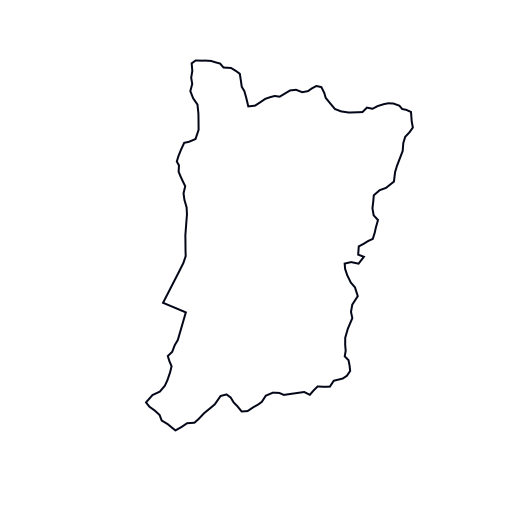 the district of Rio do Sul, Santa Catarina, Brazil, rotated 201°
{"feature_id": "56859067B1787639962812", "entity_name": "Rio do Sul", "entity_type": "district", "adm_level": 2, "iso_a3": "BRA", "parent_name": "Brazil", "parent_adm1": "Santa Catarina", "projection": "equal_earth", "projection_center": [-49.63, -27.185], "detail": "fine", "context": "isolated", "style": "outline", "palette": "ink", "viewbox_px": 512, "rotation_deg": 201, "n_neighbors": 0, "source": "geoboundaries", "source_scale": "gbopen_adm2", "svg_char_len": 2250}
<svg xmlns="http://www.w3.org/2000/svg" viewBox="0 0 512 512"><g transform="rotate(201 256 256)"><path d="M176.0,447.7L182.3,447.6L187.2,446.0L190.9,443.7L196.0,439.7L200.0,435.2L205.6,434.3L208.2,428.5L220.7,423.2L228.4,421.5L235.0,421.5L242.5,425.7L247.6,428.6L250.6,432.6L255.5,437.1L260.6,436.3L263.9,432.5L266.5,428.6L271.5,425.5L278.2,425.5L283.5,422.8L287.5,417.7L291.0,413.2L295.9,412.1L299.9,409.2L303.7,406.0L307.0,401.2L310.8,396.0L316.8,392.9L322.1,400.6L326.0,405.8L329.9,408.8L333.3,414.9L336.4,420.3L340.9,421.5L346.7,422.6L353.9,420.3L358.5,422.8L363.1,422.3L367.9,422.0L373.2,420.3L377.0,418.8L382.4,416.9L385.1,412.8L381.8,406.0L380.4,399.2L377.2,393.8L376.4,386.4L371.2,380.7L364.9,376.4L360.8,368.3L358.1,361.6L354.8,353.2L354.4,343.5L359.5,338.6L363.6,335.9L364.1,328.1L364.2,321.3L363.8,315.8L360.4,313.0L358.4,306.9L355.3,303.6L351.4,299.8L347.1,295.8L346.1,288.5L342.9,282.7L338.2,276.5L335.4,270.2L329.4,250.1L326.7,243.3L323.9,236.2L321.6,230.7L321.3,223.3L322.2,214.2L326.0,179.0L301.3,178.2L298.9,149.6L299.9,143.7L299.9,136.5L302.5,131.0L299.0,126.6L295.3,122.8L294.5,116.5L294.2,108.2L294.6,102.2L297.2,94.9L302.8,89.1L306.2,79.9L301.5,77.1L295.0,75.4L289.0,73.0L285.1,68.6L278.2,67.4L273.1,65.7L268.7,64.3L264.3,69.6L260.4,75.2L253.7,78.3L251.1,83.4L248.1,90.7L244.6,96.8L241.3,102.8L238.9,112.6L233.9,116.2L228.9,114.8L224.4,111.3L219.6,109.1L213.7,105.7L208.3,108.2L204.2,114.0L200.9,117.9L198.3,121.9L196.8,129.1L191.2,134.5L185.2,136.5L180.2,136.3L173.8,139.9L168.0,143.1L162.3,146.3L156.0,145.7L154.0,151.3L151.7,156.3L145.5,158.3L140.2,160.5L138.7,167.4L135.1,169.9L131.0,172.8L128.2,176.8L126.9,182.4L129.3,187.1L132.3,191.9L137.2,194.1L138.3,199.6L140.9,205.0L143.4,211.6L144.2,221.1L143.8,232.5L147.3,237.9L148.7,245.1L146.6,255.0L152.4,262.2L158.0,265.2L164.0,270.8L168.2,275.9L170.5,280.7L165.0,284.4L157.5,285.6L155.0,293.9L161.1,293.9L163.5,301.8L160.0,305.8L156.5,310.4L153.1,313.8L153.5,320.2L154.3,325.5L155.0,333.3L160.7,336.1L164.4,342.3L166.0,348.7L167.8,354.9L164.1,361.8L159.1,366.1L153.9,374.9L156.2,384.1L156.7,390.4L156.7,406.6L159.0,414.4L159.4,420.8L157.1,426.3L155.6,432.1L159.0,437.7L162.9,446.0L168.2,446.3L172.2,445.6L176.0,447.7Z" fill="none" stroke="#020617" stroke-width="2"/></g></svg>